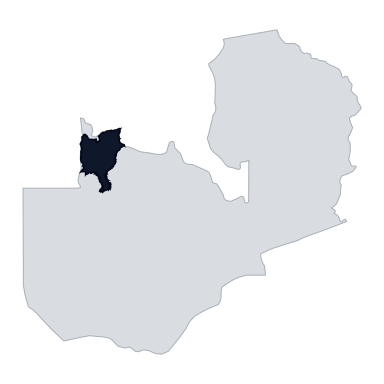 Mwinilunga, North-Western, Zambia shown in context
{"feature_id": "96606910B26185337086625", "entity_name": "Mwinilunga", "entity_type": "district", "adm_level": 2, "iso_a3": "ZMB", "parent_name": "Zambia", "parent_adm1": "North-Western", "projection": "robinson", "projection_center": [24.888, -12.156], "detail": "fine", "context": "in_parent", "style": "filled", "palette": "ink", "viewbox_px": 384, "rotation_deg": 0, "n_neighbors": 0, "source": "geoboundaries", "source_scale": "gbopen_adm2", "svg_char_len": 9294}
<svg xmlns="http://www.w3.org/2000/svg" viewBox="0 0 384 384"><path d="M265.5,275.2L246.3,275.2L239.4,277.0L233.6,279.6L226.7,283.7L222.8,286.5L221.7,288.1L221.1,291.6L221.1,297.0L220.4,300.9L218.3,304.5L207.9,308.8L201.1,312.3L194.4,316.5L189.4,321.9L185.9,328.5L180.2,336.7L168.2,351.4L161.3,354.2L155.5,353.6L148.5,350.5L142.9,349.9L138.8,351.8L135.0,351.2L131.5,348.1L128.6,347.0L126.2,347.9L123.2,347.7L117.7,346.0L112.9,340.8L110.3,338.6L108.3,337.8L102.6,336.9L89.4,335.7L75.8,338.3L63.8,341.0L51.6,329.3L39.8,316.9L37.3,313.8L32.8,309.7L29.6,307.6L28.4,306.6L25.2,295.6L23.4,285.5L23.0,188.2L76.9,188.2L80.3,187.7L80.5,186.7L78.0,181.5L78.1,179.7L78.8,176.1L81.1,169.1L81.3,166.7L80.2,159.1L80.3,154.8L80.9,146.1L80.5,143.2L81.8,139.3L82.2,136.7L82.7,135.6L82.1,132.6L81.0,122.3L80.4,118.0L83.6,118.7L84.7,120.8L85.3,123.1L86.7,123.2L90.6,124.6L91.9,126.5L92.8,130.7L92.3,132.8L91.0,134.5L92.3,136.0L94.8,137.0L96.3,136.7L100.7,133.9L104.7,132.8L106.7,132.1L115.6,130.3L117.4,129.2L118.6,129.2L119.5,130.1L118.7,133.0L118.4,135.6L119.5,140.5L120.4,142.8L122.2,144.4L123.6,145.3L125.1,147.1L128.1,146.8L135.0,149.3L137.0,150.4L139.9,151.6L141.9,152.0L149.0,152.9L156.4,154.3L160.2,154.4L163.0,154.0L164.9,153.3L166.1,152.5L166.6,151.9L169.4,142.5L170.8,141.8L172.7,141.3L173.8,142.2L174.9,148.1L180.3,153.4L182.1,157.8L183.4,161.6L184.6,162.7L186.6,164.0L189.9,164.4L192.8,164.6L207.2,171.1L208.8,172.3L210.6,175.7L211.6,179.6L212.8,182.7L214.6,183.3L216.3,183.6L217.9,185.7L219.2,187.5L223.4,195.2L224.0,198.2L226.1,200.3L228.9,201.1L231.5,201.2L233.0,200.3L236.7,198.8L239.6,197.0L241.7,196.3L242.9,196.7L243.9,198.0L244.5,201.8L246.5,203.1L248.0,202.6L248.6,201.1L248.7,200.3L248.8,160.3L247.5,160.6L245.8,161.7L242.0,161.9L240.5,162.7L240.0,164.0L240.3,165.7L240.4,167.9L239.8,169.0L238.1,169.4L235.7,168.5L231.3,167.4L227.7,166.7L225.0,163.7L221.5,159.2L219.2,156.9L213.6,152.2L212.6,151.2L210.9,149.0L209.5,145.3L208.1,140.9L207.3,138.2L208.7,133.9L212.0,120.1L212.8,115.7L215.6,111.4L215.8,107.4L214.7,102.4L215.0,99.6L215.4,83.8L214.7,78.7L212.8,73.2L208.8,65.4L208.8,63.8L215.1,58.8L216.9,56.9L220.2,52.8L222.4,49.3L223.8,46.5L224.3,42.9L223.3,39.4L225.4,38.8L277.0,29.8L277.8,32.2L279.3,36.1L281.1,39.0L283.3,41.6L285.2,43.1L286.4,43.6L294.4,43.4L297.2,45.0L299.7,46.9L300.3,50.0L301.9,51.9L303.7,53.4L304.4,53.6L305.7,53.2L307.9,53.2L309.8,53.8L310.8,54.5L310.9,57.0L311.5,58.2L314.1,58.6L316.9,58.8L319.5,60.5L322.4,60.8L325.7,61.5L327.2,63.4L330.7,65.3L335.0,67.0L339.7,69.8L339.8,70.7L340.6,72.3L341.4,73.5L341.5,75.3L341.9,76.9L343.1,77.3L344.1,77.4L345.0,76.2L346.3,76.3L347.7,77.0L348.2,78.9L349.2,81.4L351.0,83.1L352.1,84.8L351.7,87.8L351.0,90.6L353.3,93.3L356.4,95.9L357.2,97.0L357.4,100.9L357.9,102.2L360.0,105.4L361.0,107.5L360.9,108.8L355.2,115.1L351.7,116.1L350.2,117.4L349.3,118.7L351.5,125.1L352.6,127.5L351.6,130.5L349.4,135.6L348.3,136.0L348.1,139.9L348.8,141.3L349.9,142.4L350.3,145.0L350.2,151.5L348.7,158.9L351.2,165.3L352.0,166.0L355.6,166.1L356.2,166.6L355.3,168.5L352.8,171.3L348.3,173.5L341.9,176.0L340.5,178.3L339.7,181.7L340.4,183.7L341.2,184.8L340.9,187.8L340.3,190.9L340.5,193.4L340.2,195.5L339.4,196.6L338.2,199.9L336.8,203.2L335.7,204.7L334.1,206.3L331.5,207.6L331.6,208.2L334.4,209.8L335.2,210.8L335.4,211.5L334.2,213.2L335.5,214.2L337.2,215.0L338.7,217.2L340.4,221.4L340.7,221.8L341.2,221.8L342.2,221.4L343.9,219.7L345.2,219.1L346.7,221.5L319.9,231.7L313.6,233.8L304.2,237.4L301.1,238.7L298.7,240.1L273.7,248.0L269.8,249.6L260.9,253.7L260.7,254.3L260.7,256.2L261.5,260.0L263.0,263.5L264.3,265.5L265.1,270.7L265.5,275.2Z" fill="#d9dde1" stroke="#a8b0b8" stroke-width="1"/><path d="M83.7,134.8L83.9,135.6L83.2,136.2L82.6,136.2L82.0,136.9L82.1,137.6L81.9,137.9L82.1,138.0L82.0,138.3L82.3,138.9L82.4,139.8L82.2,139.9L81.7,141.4L81.4,141.7L81.3,142.2L80.9,142.7L80.6,143.8L80.4,143.8L80.2,144.0L80.6,144.5L80.6,145.0L80.9,145.3L81.1,145.8L81.2,146.8L81.4,147.1L81.4,147.8L81.7,148.2L81.6,148.3L81.7,149.0L82.0,149.6L81.9,150.0L81.4,150.2L80.9,151.4L80.9,155.2L80.7,157.6L80.9,160.8L81.3,161.3L81.4,162.1L82.5,162.9L83.2,164.1L83.0,164.7L83.3,165.3L82.6,166.2L83.1,166.4L83.6,167.1L83.3,169.2L82.3,169.7L80.8,171.9L81.5,171.6L82.1,171.8L83.3,171.6L84.3,171.3L85.3,171.6L85.2,172.4L85.6,173.5L85.6,174.6L85.8,174.3L86.7,174.3L88.0,173.6L90.0,172.1L90.6,172.5L90.7,173.2L91.1,173.3L91.6,173.2L92.6,172.4L92.8,172.5L93.3,171.8L93.7,171.7L93.7,172.0L93.9,172.0L93.8,172.3L94.3,172.6L94.5,173.2L94.9,173.3L94.8,173.5L95.2,173.3L95.4,173.6L95.7,173.4L95.6,173.9L95.9,174.0L95.9,173.8L96.2,174.2L96.2,174.5L96.8,174.4L96.7,174.6L96.4,174.6L96.4,174.8L96.6,174.7L96.9,174.8L97.1,174.5L97.4,174.9L97.5,175.0L97.1,175.2L97.3,175.3L97.2,175.6L97.8,176.0L97.9,175.8L98.0,176.3L98.3,176.5L98.4,176.3L98.4,176.7L98.6,176.8L98.9,177.2L98.7,177.3L98.9,177.5L99.0,178.0L99.4,177.9L99.3,178.2L99.5,178.2L99.3,178.8L99.6,179.0L99.6,179.3L99.3,179.3L99.7,179.6L99.6,179.8L99.8,180.0L99.7,180.2L100.0,180.5L100.1,180.9L99.9,181.0L100.4,181.4L100.2,181.9L100.6,182.3L100.3,182.3L100.7,182.7L100.6,182.9L100.9,182.6L101.3,182.8L101.5,183.7L101.3,183.8L101.5,184.3L102.0,184.4L102.0,185.0L102.5,185.5L102.2,185.7L102.3,186.2L102.2,186.5L102.3,186.6L102.3,186.4L102.6,186.6L102.2,186.8L102.4,187.5L102.6,187.7L102.6,187.9L102.0,187.7L102.0,188.5L101.2,188.6L100.8,189.7L100.7,189.9L100.4,189.7L100.3,190.1L100.5,190.1L100.4,190.1L100.2,190.0L100.2,190.4L99.7,190.7L99.7,190.9L99.9,191.0L99.7,191.2L100.0,191.4L99.9,191.5L100.5,191.9L100.9,191.6L100.6,191.5L101.2,191.5L101.0,191.1L101.2,190.8L101.4,191.0L101.4,191.5L102.2,192.2L102.4,191.6L102.7,191.8L102.7,192.0L103.0,191.9L102.5,191.2L103.2,191.0L104.0,191.1L104.5,190.8L104.7,190.5L104.5,190.2L104.9,189.9L105.3,189.8L105.7,190.1L105.7,190.4L105.9,190.4L106.2,190.2L106.3,189.6L106.9,189.3L107.1,189.7L107.8,189.4L108.4,190.0L108.5,189.5L108.9,189.4L108.9,189.1L109.3,188.8L109.5,188.9L109.8,188.7L110.1,189.0L110.1,188.5L110.4,188.3L110.6,188.6L110.5,188.0L110.2,187.9L110.4,187.5L109.6,187.3L110.0,186.6L110.2,186.9L110.4,186.7L110.7,186.8L110.7,186.6L110.4,186.4L110.5,186.0L110.1,185.8L110.4,185.4L109.5,185.0L110.2,184.5L110.5,184.7L110.8,184.5L110.7,184.3L110.3,184.3L110.5,183.7L109.9,183.7L110.1,183.2L109.8,183.2L109.8,182.9L109.5,183.1L109.5,183.4L109.3,183.3L109.0,183.4L109.0,183.2L108.8,183.1L108.8,182.8L108.5,182.7L108.7,182.3L108.3,181.7L108.7,181.5L108.3,181.5L107.6,180.9L107.9,180.2L108.1,180.2L107.6,179.9L107.7,179.7L107.5,179.3L107.2,179.3L106.9,179.0L106.7,179.1L107.0,178.8L106.8,178.5L106.6,178.6L106.7,178.2L106.8,177.7L106.7,177.5L106.4,177.6L106.6,177.1L106.3,177.0L106.3,176.8L106.1,176.7L106.2,177.0L105.9,177.6L105.8,177.3L105.6,177.3L105.5,176.9L105.4,177.1L105.0,176.9L105.1,176.5L105.5,176.5L105.3,176.5L105.3,176.1L105.3,175.8L105.5,175.6L105.2,175.5L105.4,175.3L105.4,175.0L105.5,174.8L106.0,175.0L105.8,174.7L106.2,174.2L106.3,174.3L106.6,174.2L106.2,174.0L106.4,173.8L106.3,173.5L106.7,173.7L106.8,173.4L106.6,173.3L106.8,173.1L106.3,172.5L106.3,172.2L106.8,172.5L106.7,172.1L107.0,172.0L106.9,171.6L107.1,171.2L107.4,171.0L107.5,170.7L107.6,170.9L107.8,170.9L108.0,170.5L108.3,170.6L108.4,170.3L109.0,170.2L110.0,169.1L110.5,169.2L110.8,168.9L111.1,168.2L112.1,168.1L112.4,167.1L113.0,166.9L113.6,166.2L113.9,164.6L114.3,164.5L114.3,164.2L114.6,164.2L115.2,163.6L115.2,163.0L115.6,162.6L115.9,161.7L115.7,161.2L115.2,161.3L115.2,161.0L115.8,160.1L115.7,160.1L115.7,159.9L115.6,159.5L115.7,159.4L115.6,159.2L115.0,158.1L115.7,157.3L115.6,156.5L115.8,156.2L115.6,155.9L115.8,155.9L115.8,155.4L116.3,155.3L116.4,155.0L116.1,154.5L116.2,154.3L116.1,153.9L116.2,153.7L116.4,153.7L116.7,152.6L117.0,152.4L117.0,151.8L117.5,151.7L117.8,151.0L118.2,150.7L118.9,150.4L119.0,150.1L119.4,150.0L119.4,149.4L119.9,149.3L120.0,149.0L120.0,148.5L120.8,147.5L122.6,146.7L123.5,145.7L124.6,146.1L124.1,144.6L123.0,144.3L122.3,144.3L121.4,143.5L119.8,142.7L119.6,141.3L119.1,140.9L119.3,139.8L118.7,139.4L119.1,139.1L119.3,139.3L119.9,138.6L119.3,138.5L119.2,138.3L119.1,136.5L118.8,136.3L119.0,135.9L118.6,135.3L118.4,134.0L118.5,133.9L119.1,134.0L119.3,133.7L119.2,133.1L119.4,133.0L119.0,132.8L118.7,132.3L120.0,131.5L119.4,130.8L120.0,130.4L119.9,129.8L120.5,128.7L120.0,128.9L119.5,128.5L119.0,128.6L118.1,129.2L117.6,129.2L117.1,129.7L116.4,129.8L116.2,130.0L114.5,130.1L113.7,130.6L113.1,130.5L112.1,130.8L111.8,130.5L111.2,130.6L111.1,130.3L110.3,130.6L109.6,130.6L109.3,130.9L108.2,130.8L107.7,131.3L106.6,131.0L106.4,131.1L106.4,131.7L105.8,132.1L105.2,132.0L104.3,132.5L104.0,132.2L103.0,132.2L102.5,132.5L102.4,132.7L102.7,133.2L101.4,133.2L101.4,133.6L100.8,133.9L100.4,134.4L99.9,135.5L98.4,136.1L98.4,136.4L98.8,136.6L99.1,137.5L99.5,137.6L99.4,138.2L99.8,139.0L99.9,139.9L100.2,140.4L100.0,140.7L99.8,140.6L99.6,140.9L99.4,140.8L99.5,141.1L99.3,141.1L98.9,141.3L99.0,141.7L98.8,141.4L98.6,141.4L98.5,141.8L98.3,142.0L97.6,141.8L97.7,142.2L97.4,142.3L97.0,142.1L97.0,142.6L96.4,142.4L96.3,141.2L96.5,140.3L96.0,139.5L95.8,139.6L95.9,139.4L95.6,139.5L95.3,139.3L95.2,139.8L94.7,139.6L94.3,139.9L93.9,139.7L93.4,139.8L93.2,139.6L92.9,139.7L92.5,139.4L92.2,139.5L91.8,139.3L90.9,139.4L90.7,139.8L90.3,139.7L90.0,139.4L89.8,139.4L88.5,138.9L87.8,137.3L87.3,136.7L87.1,136.0L86.4,135.7L85.7,134.8L85.1,134.4L84.3,134.4L83.7,134.8Z" fill="#0f172a" stroke="#020617" stroke-width="1.5"/></svg>